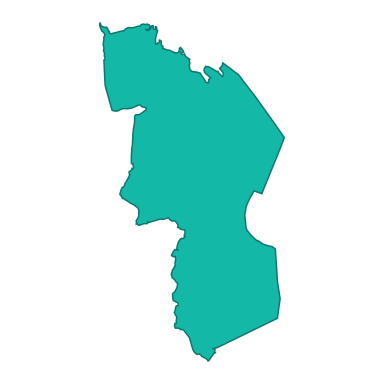 outline of Emiliano Zapata, Morelos, Mexico
{"feature_id": "50627088B27811309734351", "entity_name": "Emiliano Zapata", "entity_type": "district", "adm_level": 2, "iso_a3": "MEX", "parent_name": "Mexico", "parent_adm1": "Morelos", "projection": "albers", "projection_center": [-99.198, 18.809], "detail": "fine", "context": "isolated", "style": "filled", "palette": "teal", "viewbox_px": 384, "rotation_deg": 0, "n_neighbors": 0, "source": "geoboundaries", "source_scale": "gbopen_adm2", "svg_char_len": 5854}
<svg xmlns="http://www.w3.org/2000/svg" viewBox="0 0 384 384"><path d="M103.9,60.0L104.4,70.9L105.1,84.8L105.7,87.7L112.1,110.4L115.3,111.1L117.7,111.0L119.5,110.1L121.1,109.2L123.1,108.7L124.0,108.6L127.1,108.8L131.5,108.1L134.6,106.9L138.4,105.1L139.6,104.8L140.4,104.9L141.6,106.4L141.9,106.6L142.9,107.0L145.1,107.5L146.3,108.3L145.9,110.0L139.4,114.6L135.6,114.8L134.7,116.0L134.6,121.0L134.4,123.3L133.3,130.0L132.9,133.7L132.7,139.9L132.4,145.0L131.8,148.4L131.3,157.9L131.4,159.9L131.3,161.7L131.5,163.6L132.2,163.6L132.9,163.8L133.0,165.2L133.6,167.1L133.6,167.6L133.2,168.6L132.1,168.3L131.9,168.4L132.0,169.1L131.9,169.4L131.1,170.3L130.7,170.7L129.3,171.6L129.1,171.8L129.2,172.4L129.1,173.1L129.3,173.5L129.3,174.0L129.9,175.0L129.9,175.3L129.1,175.9L129.0,176.9L128.7,177.0L128.5,177.3L128.5,178.2L127.9,178.5L126.6,180.8L126.3,181.6L125.9,182.0L125.3,182.9L124.6,184.3L124.4,185.8L123.4,187.0L122.9,187.3L122.3,187.3L121.9,188.1L121.2,189.7L120.0,193.5L120.0,194.6L120.3,195.1L121.2,196.0L122.3,198.0L122.6,198.1L122.6,198.5L123.0,198.5L123.8,198.7L125.2,199.7L127.6,201.2L130.3,203.1L133.3,204.5L135.1,205.6L135.7,206.4L136.0,206.4L137.0,207.2L138.3,208.6L138.6,209.4L138.9,211.8L138.7,212.8L138.8,215.0L138.4,216.8L138.0,217.7L136.1,220.9L136.6,222.4L136.2,223.7L136.2,224.1L136.9,223.7L138.4,225.2L138.8,225.4L140.3,225.0L143.7,223.7L144.5,223.6L146.7,223.7L147.3,223.5L147.6,222.3L148.5,221.3L147.6,222.5L147.5,222.9L157.2,220.0L158.1,219.6L160.0,219.2L161.6,219.1L163.5,219.4L166.8,218.1L168.2,217.8L168.8,218.0L169.4,219.1L169.8,219.6L171.2,220.4L171.8,221.1L174.6,220.7L176.5,222.6L178.0,225.0L178.1,225.6L177.8,226.1L177.6,227.2L178.1,227.4L178.5,227.7L178.8,227.8L179.1,227.7L180.5,229.1L181.3,229.4L183.8,229.9L184.9,230.0L185.0,230.2L185.0,233.3L184.2,234.8L184.3,235.2L185.2,236.5L184.7,237.0L184.2,237.0L183.9,238.3L182.9,238.7L181.6,238.3L180.5,239.0L179.7,239.9L179.4,240.9L178.7,241.3L177.6,244.4L177.0,247.0L176.8,248.8L177.4,249.3L177.8,250.1L175.0,249.5L174.9,249.5L173.7,251.0L171.6,255.1L171.6,255.7L174.1,256.9L175.3,256.5L175.7,259.3L175.2,261.9L175.0,263.5L175.3,265.4L175.1,265.6L175.1,265.8L174.8,266.2L174.6,266.3L174.4,266.8L174.3,267.2L174.3,267.7L173.8,267.9L173.5,268.6L172.2,270.4L172.3,271.0L171.3,274.3L172.4,278.0L173.8,278.9L175.2,280.5L176.0,281.9L177.6,283.4L177.2,286.8L176.6,288.6L175.8,289.8L175.0,291.3L174.3,292.3L173.0,293.2L172.6,293.9L172.5,294.5L172.7,296.0L172.7,297.2L173.0,299.5L173.4,300.6L175.1,301.3L176.1,302.1L177.0,302.2L177.8,303.0L178.2,304.4L178.1,305.8L176.4,305.8L176.0,306.5L175.4,308.4L175.6,309.0L174.3,312.5L175.3,314.6L175.5,315.4L176.2,315.9L176.8,316.8L176.2,321.1L176.4,321.9L176.4,322.9L176.0,323.6L174.9,323.4L174.5,325.6L174.6,326.6L174.9,327.3L175.5,328.2L177.2,328.1L178.3,328.2L180.3,328.9L180.4,329.6L182.1,329.6L182.9,329.9L183.7,330.3L184.2,330.8L187.0,334.5L188.1,335.7L189.1,337.3L189.7,338.6L192.8,349.3L193.8,351.4L194.5,352.3L195.3,353.1L196.3,353.8L197.5,354.5L199.4,353.7L199.8,354.5L201.3,355.3L201.6,356.3L202.1,356.5L206.5,358.9L207.4,359.8L208.1,361.0L209.3,360.0L213.5,353.8L213.7,353.4L214.4,353.3L215.3,352.7L214.5,351.9L215.0,350.5L214.9,348.5L212.2,348.8L217.2,347.6L277.4,318.3L280.1,298.6L277.5,282.0L275.3,248.9L272.0,246.6L267.1,245.5L262.6,243.9L258.5,241.0L257.0,240.7L254.5,238.6L250.8,234.9L247.3,230.7L246.1,228.2L244.8,215.0L245.7,209.7L245.8,208.4L246.2,206.4L248.1,201.9L250.0,198.1L253.4,192.0L254.2,190.9L261.8,193.7L281.1,146.2L284.3,137.6L275.6,125.0L254.5,95.5L251.9,92.3L245.7,84.1L243.7,81.7L241.0,77.8L237.8,74.0L234.5,71.9L234.4,71.7L230.6,68.7L222.9,63.0L222.7,62.9L222.3,65.4L219.6,68.5L223.0,72.4L223.1,73.9L223.3,75.3L222.5,76.7L221.4,75.7L218.5,72.7L218.2,72.2L218.0,71.4L217.9,71.2L217.1,71.2L216.5,71.3L216.1,71.1L212.2,68.7L208.6,66.7L208.2,66.6L206.6,66.7L206.3,66.6L205.9,66.3L204.6,68.0L204.3,68.7L204.0,70.4L204.4,71.8L204.9,72.7L206.0,73.9L210.6,77.8L209.1,79.1L208.8,79.6L208.6,80.2L208.6,81.2L208.4,82.8L206.1,82.3L205.4,81.4L205.1,80.6L204.3,79.4L201.1,74.7L200.8,74.3L200.5,73.2L198.8,72.8L197.2,72.2L192.5,71.6L190.0,69.9L189.8,69.4L189.6,67.3L189.1,65.2L189.6,64.6L189.8,63.6L189.9,63.0L189.3,61.1L189.0,60.6L189.8,59.3L186.2,56.9L185.9,56.6L185.1,55.2L184.5,53.9L182.3,54.8L181.4,54.0L180.9,52.5L181.5,52.8L181.9,52.8L183.7,52.0L182.6,49.8L181.0,48.2L180.6,47.5L179.4,48.3L179.4,50.2L178.7,51.7L177.8,52.8L177.0,52.9L174.9,52.9L171.6,51.2L171.0,51.0L169.5,50.1L167.2,50.2L166.5,49.5L165.6,49.5L164.6,49.1L163.9,48.6L162.7,48.6L163.0,46.4L162.2,46.0L161.5,44.8L161.3,44.2L161.2,43.8L161.3,42.3L161.3,41.5L161.0,41.0L159.7,40.0L159.2,40.3L159.5,41.1L159.5,41.6L159.1,42.6L158.6,42.8L157.6,43.0L157.0,44.2L155.6,44.1L155.5,38.0L157.6,30.5L156.9,30.1L156.8,29.9L156.8,28.6L156.4,27.9L156.5,26.9L155.5,26.7L155.5,29.5L153.4,29.1L153.3,26.0L153.1,25.8L152.7,25.7L152.1,25.7L151.2,26.4L150.6,28.5L149.7,29.6L148.8,30.2L147.1,30.6L146.0,29.5L147.7,29.6L148.4,29.4L149.1,29.0L149.6,28.3L149.8,27.8L150.0,26.6L149.8,26.0L149.4,25.2L148.9,24.7L147.6,24.2L146.8,24.1L146.3,24.3L145.6,24.7L143.8,24.1L142.6,24.2L141.9,24.4L141.0,24.9L140.6,25.2L139.8,26.1L137.8,26.3L133.3,27.7L131.6,27.8L129.9,27.6L128.3,27.7L127.0,28.1L126.2,28.5L125.3,29.2L123.9,30.8L123.4,30.7L118.3,31.9L111.4,33.7L110.4,33.5L109.7,33.1L109.1,32.5L109.4,31.7L109.3,31.4L109.1,31.1L108.6,31.0L107.7,28.9L106.8,27.4L106.1,27.1L104.9,27.4L104.4,27.4L102.1,26.4L101.0,25.5L100.5,23.8L100.0,23.0L99.9,23.1L99.7,25.0L99.8,25.9L100.4,27.4L100.5,28.1L100.8,28.2L100.8,28.7L101.1,29.2L101.1,29.6L101.4,30.2L101.9,30.6L101.9,31.1L102.2,31.3L102.3,31.6L103.2,32.0L103.8,32.7L104.3,33.8L104.8,34.2L104.7,35.8L103.7,37.3L103.9,39.4L103.6,41.0L103.4,41.4L103.5,42.5L103.1,44.8L103.8,47.1L103.9,48.8L103.5,50.5L103.8,51.7L104.5,53.0L104.3,56.2L104.7,56.7L105.0,57.8L104.9,59.2L104.5,59.6L103.9,60.0Z" fill="#14b8a6" stroke="#0f766e" stroke-width="1.5"/></svg>